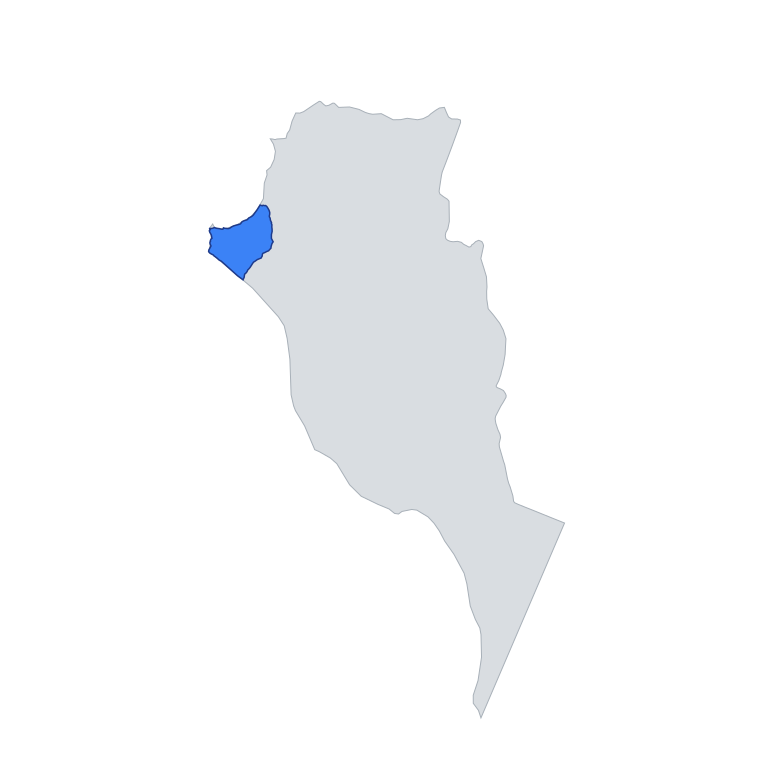 Tanger - Tétouan on a map of Morocco (Albers equal-area conic projection), rotated 290°
{"feature_id": "MAR-1445", "entity_name": "Tanger - Tétouan", "entity_type": "Region", "adm_level": 1, "iso_a3": "MAR", "parent_name": "Morocco", "parent_adm1": "", "projection": "albers", "projection_center": [-5.386, 35.321], "detail": "fine", "context": "in_parent", "style": "filled", "palette": "blue", "viewbox_px": 768, "rotation_deg": 290, "n_neighbors": 0, "source": "natural_earth", "source_scale": "10m", "svg_char_len": 4073}
<svg xmlns="http://www.w3.org/2000/svg" viewBox="0 0 768 768"><g transform="rotate(290 384 384)"><path d="M109.6,584.4L114.5,577.1L122.1,574.3L137.5,573.8L160.6,569.1L181.6,560.9L187.5,557.5L194.1,550.3L204.9,541.0L224.6,530.2L233.6,524.0L247.8,508.1L257.2,494.7L264.9,486.2L270.3,478.6L274.2,470.8L276.7,458.0L275.6,453.0L270.4,444.5L266.8,442.1L266.0,438.2L268.3,431.5L268.8,419.7L270.7,401.0L277.5,386.2L293.0,366.9L296.1,358.9L298.3,346.0L298.6,341.4L317.5,323.7L328.7,309.9L332.5,306.6L342.1,300.4L375.1,287.1L393.7,277.4L404.6,270.3L411.1,261.7L429.1,227.8L446.6,180.0L448.0,174.4L455.6,172.9L461.0,172.2L465.3,170.4L470.7,166.8L475.8,168.3L473.3,170.7L473.3,176.6L476.9,183.5L483.3,191.3L494.9,201.2L504.0,205.1L516.9,207.3L531.9,202.8L540.4,202.6L544.4,200.7L548.9,203.3L557.4,204.0L565.5,202.4L571.6,198.1L575.5,193.3L576.1,195.6L576.4,198.1L577.6,199.6L580.2,205.6L581.5,207.9L586.2,207.4L590.4,208.5L599.6,207.7L608.5,208.4L609.8,212.3L612.5,215.4L621.9,222.2L627.5,226.5L627.7,228.0L626.1,231.7L625.4,234.2L627.0,236.8L630.5,239.9L630.8,241.4L630.0,243.3L628.4,246.8L632.5,256.8L633.5,266.6L632.8,273.7L633.0,277.7L633.6,281.1L637.1,289.0L635.4,302.2L638.1,309.2L641.6,314.9L643.8,325.2L646.7,330.0L651.2,334.2L653.8,335.5L658.8,338.9L662.3,341.7L664.6,346.1L660.4,349.9L657.0,353.3L656.2,356.9L658.1,362.4L658.2,365.5L656.0,366.5L646.9,366.6L639.8,366.6L631.6,366.6L620.1,366.5L613.0,366.4L603.2,366.2L599.9,366.6L590.9,368.4L584.6,369.7L583.6,370.0L581.7,371.5L580.4,375.6L579.3,380.4L578.0,382.6L559.1,389.8L551.7,390.9L547.3,390.3L544.3,390.9L541.7,392.4L540.8,394.6L540.7,397.5L541.3,400.3L543.2,404.3L543.6,408.3L542.5,411.1L542.2,413.9L541.7,417.0L542.8,418.6L544.6,418.8L546.5,420.2L549.1,421.4L551.4,423.8L551.3,427.2L549.5,429.2L547.9,430.3L540.8,431.3L535.0,432.1L527.7,437.7L519.8,443.6L510.4,447.6L506.3,448.7L499.0,451.5L490.3,456.2L486.1,463.5L480.6,472.0L475.4,477.7L468.3,483.1L461.6,485.1L453.2,487.7L442.6,489.6L435.1,490.2L432.9,490.6L426.3,490.7L423.1,490.3L420.7,490.0L419.7,490.6L419.3,491.9L419.2,495.0L418.7,498.5L416.5,501.4L415.0,502.7L413.3,503.2L407.8,502.3L403.1,501.3L392.1,499.9L389.9,500.2L389.0,500.5L385.5,502.4L380.1,506.6L376.4,510.2L373.7,511.8L367.3,512.6L364.4,513.9L352.2,522.8L349.5,525.0L336.9,532.6L333.3,535.2L330.5,537.7L322.9,543.4L318.1,545.9L317.1,547.4L316.8,551.0L316.5,559.0L316.3,566.6L315.9,577.7L315.5,588.9L315.1,601.2L103.4,589.3L109.6,584.4Z" fill="#d9dde1" stroke="#a8b0b8" stroke-width="1"/><path d="M470.6,167.1L471.0,168.3L471.5,169.4L472.2,170.3L473.1,171.2L472.9,172.0L473.0,173.3L473.7,176.1L473.9,178.3L474.1,178.9L474.3,179.4L474.7,179.8L474.9,179.9L475.7,179.7L475.9,179.8L475.9,180.1L475.8,180.9L475.9,181.3L476.6,184.1L477.1,185.1L478.0,186.0L479.8,187.3L481.3,188.8L485.0,194.0L485.7,194.5L486.7,194.7L487.5,194.9L488.4,195.5L489.8,196.9L491.0,198.6L491.8,199.4L493.7,200.1L496.1,202.3L497.8,203.3L504.0,205.1L509.8,206.4L509.8,206.7L509.8,208.6L510.6,209.2L510.7,210.5L511.2,211.8L510.7,213.2L509.4,214.9L507.9,216.6L506.2,217.9L504.6,218.5L503.3,218.7L502.5,218.8L501.6,219.4L501.0,220.2L499.0,221.3L497.2,223.1L496.3,223.3L495.3,224.2L493.1,224.9L491.4,225.8L489.1,226.7L485.9,227.1L482.3,228.4L479.7,231.2L477.6,230.7L474.6,230.9L472.8,231.3L471.4,230.6L469.7,230.0L468.4,228.5L466.6,226.9L465.6,225.7L464.5,225.3L462.5,225.8L461.6,225.6L460.4,225.5L457.6,222.4L455.1,220.7L454.0,219.8L452.4,219.3L448.2,218.4L446.3,217.8L444.7,217.0L443.1,216.9L441.8,216.6L440.8,216.2L439.6,215.5L438.7,215.6L436.5,216.1L433.9,215.9L433.7,215.9L435.6,209.4L443.6,189.5L443.9,188.5L444.0,187.2L444.2,186.4L445.1,184.3L446.0,181.5L446.1,181.0L446.2,180.5L446.8,179.7L446.9,179.2L447.2,176.7L447.5,175.5L447.9,174.7L448.7,173.8L450.2,173.6L454.2,174.2L454.7,174.1L455.9,172.9L456.4,172.5L457.2,172.1L458.0,171.9L458.5,172.2L459.2,171.8L460.3,171.8L461.3,172.0L462.0,172.5L464.6,171.0L465.3,170.4L466.8,168.6L467.6,167.9L468.5,167.4L468.9,167.5L469.0,167.7L469.6,167.9L470.0,167.9L470.1,167.5L470.2,167.1L470.3,167.0L470.6,167.1L470.6,167.1Z" fill="#3b82f6" stroke="#1e3a8a" stroke-width="1.5"/></g></svg>